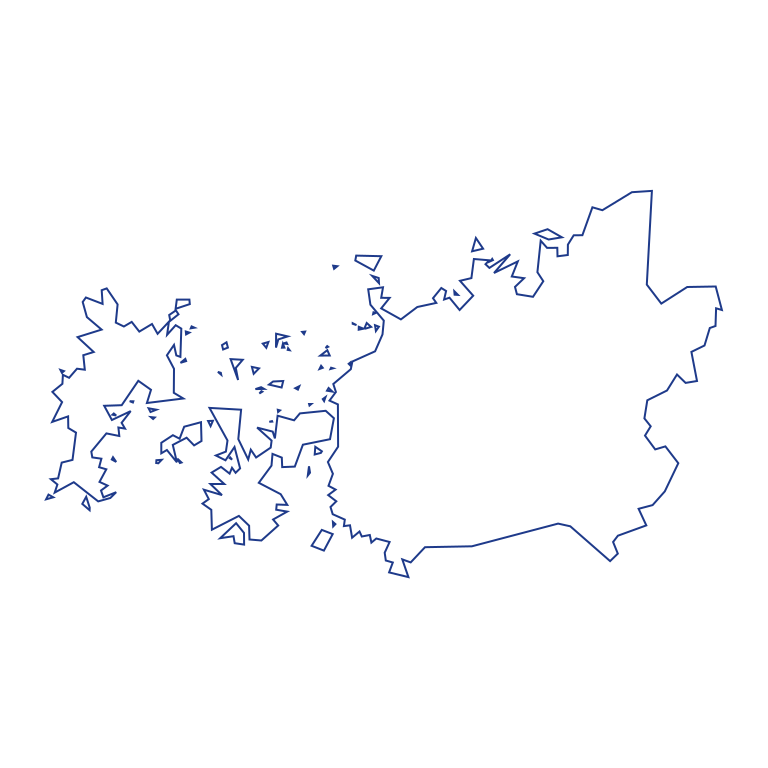 the district of Manggarai Barat, Nusa Tenggara Timur, Indonesia
{"feature_id": "22746128B27819456459641", "entity_name": "Manggarai Barat", "entity_type": "district", "adm_level": 2, "iso_a3": "IDN", "parent_name": "Indonesia", "parent_adm1": "Nusa Tenggara Timur", "projection": "albers", "projection_center": [119.785, -8.574], "detail": "fine", "context": "isolated", "style": "outline", "palette": "blue", "viewbox_px": 768, "rotation_deg": 0, "n_neighbors": 0, "source": "geoboundaries", "source_scale": "gbopen_adm2", "svg_char_len": 6146}
<svg xmlns="http://www.w3.org/2000/svg" viewBox="0 0 768 768"><path d="M651.9,190.9L631.9,192.2L602.4,210.2L592.4,207.3L582.4,235.2L573.7,235.3L567.9,244.6L567.8,255.0L557.5,256.3L557.3,247.8L547.1,247.9L540.7,240.7L537.4,272.2L543.3,281.2L533.0,296.8L516.9,294.2L515.0,286.9L524.1,278.2L511.8,276.5L517.8,261.4L494.0,273.0L510.2,254.3L489.4,267.9L485.5,264.2L489.3,260.3L473.9,259.0L471.4,278.1L460.0,280.8L473.2,295.7L459.6,310.0L449.5,297.7L444.1,299.5L446.1,291.0L441.3,288.0L433.0,298.2L436.3,302.9L417.3,307.0L400.9,319.4L381.2,308.4L389.6,297.9L381.2,297.8L383.0,287.3L368.2,289.3L370.4,304.7L383.8,320.6L382.5,334.4L375.1,351.3L352.4,361.5L350.8,369.2L333.3,384.0L335.9,392.0L329.5,400.6L337.9,404.4L338.1,446.7L327.9,462.0L332.9,473.8L328.5,485.8L335.6,489.6L328.2,495.1L336.3,501.3L330.5,507.0L332.7,514.2L344.8,519.6L343.9,526.1L350.0,525.3L352.1,537.7L359.5,531.5L361.8,536.5L369.8,535.0L371.4,542.6L376.3,538.5L389.6,542.0L384.7,552.7L385.8,560.5L392.8,562.5L389.1,572.4L408.4,577.1L402.3,559.4L410.7,562.4L425.0,547.2L471.9,546.3L558.1,523.6L570.3,526.3L610.1,561.1L617.8,553.6L613.1,542.0L617.9,535.7L646.3,525.4L638.6,508.8L652.6,505.1L664.8,491.4L678.3,463.2L665.4,446.4L655.2,449.4L645.0,435.6L650.7,426.3L644.4,418.4L647.3,400.3L667.0,390.5L677.0,374.5L685.6,382.9L697.0,381.0L691.4,351.9L704.5,345.5L709.8,328.0L715.5,326.0L716.1,308.3L721.9,310.0L715.7,286.5L687.2,287.0L661.3,303.6L646.8,284.6L651.9,190.9ZM106.7,288.4L101.7,290.2L102.6,303.9L85.9,297.5L82.7,302.0L86.9,317.1L101.6,329.6L77.6,337.1L93.7,352.0L83.3,355.2L84.8,369.7L77.0,368.7L69.1,377.8L62.9,374.8L62.4,383.8L52.4,391.9L62.1,402.1L52.2,421.9L68.1,416.4L68.3,428.0L76.0,432.6L72.5,459.9L61.7,462.6L58.1,478.4L50.9,479.2L57.4,484.5L54.7,492.6L73.8,482.2L98.2,501.4L110.3,498.0L116.2,492.2L103.4,497.3L101.0,490.5L107.6,485.6L99.5,481.9L106.3,469.3L99.1,467.2L101.4,458.7L92.3,457.4L91.3,451.6L106.4,433.4L119.3,436.0L118.4,427.5L125.0,428.6L121.6,422.8L130.7,411.1L111.9,420.0L104.2,405.8L121.7,405.2L138.3,380.8L151.0,389.8L146.9,403.0L183.3,398.5L173.8,392.8L174.0,368.8L166.9,355.3L174.0,344.9L176.3,355.4L180.4,356.9L181.3,328.6L175.7,325.2L167.1,334.8L168.9,321.7L157.6,333.8L152.0,324.0L139.3,331.6L131.7,321.9L123.9,326.5L115.8,322.6L117.6,304.4L106.7,288.4ZM241.1,409.7L209.5,407.9L227.5,440.5L225.9,451.6L215.9,455.5L225.5,460.3L234.5,447.0L240.1,468.4L235.6,472.8L232.0,467.8L229.6,473.6L221.0,466.9L211.6,472.6L224.3,484.0L210.4,484.0L222.0,495.1L203.9,489.7L208.8,499.1L202.5,503.6L211.3,509.8L211.9,529.7L238.9,515.9L249.1,525.7L249.5,539.5L261.4,540.5L278.2,525.5L273.1,519.5L287.2,511.6L276.2,509.7L276.7,504.5L287.3,504.9L280.7,494.2L258.8,482.8L271.5,465.6L272.5,453.9L281.8,457.6L282.2,467.1L294.8,466.6L302.9,444.7L330.0,439.2L333.9,418.2L325.7,410.8L299.9,413.4L294.1,420.3L277.6,415.7L274.9,438.4L272.7,431.6L257.1,427.6L271.6,440.6L270.7,447.6L256.1,457.5L250.8,449.7L248.2,459.5L238.3,439.1L241.1,409.7ZM201.0,422.2L184.2,426.7L179.6,438.7L172.9,435.2L161.3,442.8L161.3,453.3L166.9,450.0L176.9,462.3L172.8,444.9L186.6,437.7L194.1,445.4L201.5,441.0L201.0,422.2ZM321.8,529.9L311.6,545.8L323.9,550.6L332.7,534.1L321.8,529.9ZM236.1,523.2L220.2,538.2L233.5,536.2L234.7,543.2L244.1,544.6L244.0,532.9L236.1,523.2ZM381.3,256.2L356.2,255.6L355.3,260.5L373.8,270.6L381.3,256.2ZM547.6,229.2L534.5,233.6L548.6,239.5L561.9,237.3L547.6,229.2ZM287.7,336.4L276.1,333.7L276.0,347.6L278.3,339.4L287.7,336.4ZM242.7,359.8L230.6,359.1L238.1,380.0L235.8,367.9L242.7,359.8ZM483.1,248.7L475.9,238.0L472.1,251.3L483.1,248.7ZM283.2,381.0L273.1,381.5L269.0,384.6L281.6,387.5L283.2,381.0ZM189.4,299.6L176.8,299.6L175.6,308.8L189.8,304.1L189.4,299.6ZM175.9,310.4L169.2,315.0L170.3,320.8L178.5,314.3L175.9,310.4ZM86.2,496.8L82.3,503.9L89.6,510.2L89.7,507.6L86.2,496.8ZM327.3,350.2L320.3,355.6L329.7,355.5L327.3,350.2ZM259.0,368.4L251.9,366.9L253.7,373.8L259.0,368.4ZM156.4,409.7L148.6,408.3L150.5,412.0L156.4,409.7ZM315.3,446.8L314.7,454.5L320.9,452.9L321.9,451.3L315.3,446.8ZM185.3,358.9L180.5,362.8L186.1,361.1L185.3,358.9ZM212.9,420.8L208.1,421.0L210.6,426.1L212.9,420.8ZM375.0,325.2L375.9,331.0L378.9,326.7L375.0,325.2ZM266.3,347.8L268.4,342.0L262.8,343.6L266.3,347.8ZM226.5,342.3L222.0,345.1L223.1,349.5L227.9,347.6L226.5,342.3ZM261.1,387.2L255.4,389.1L264.1,388.9L261.1,387.2ZM53.3,497.3L48.5,494.6L46.1,499.3L53.3,497.3ZM332.4,391.6L328.6,388.0L327.0,390.7L332.4,391.6ZM378.7,278.0L372.2,275.9L379.0,283.2L378.7,278.0ZM371.1,326.9L366.7,323.0L364.6,328.0L365.5,328.6L371.1,326.9ZM334.1,268.8L337.3,266.2L333.2,265.7L334.1,268.8ZM299.3,386.2L295.3,388.2L297.9,389.6L299.3,386.2ZM181.5,462.5L177.3,458.6L179.9,463.0L181.5,462.5ZM324.1,401.1L325.5,397.1L322.8,399.1L324.1,401.1ZM116.2,461.9L113.0,457.2L111.8,459.5L116.2,461.9ZM307.8,475.5L310.0,472.7L309.0,466.3L307.8,475.5ZM161.7,459.8L156.4,460.2L156.2,463.0L158.3,463.3L161.7,459.8ZM189.4,332.6L185.8,331.5L186.1,334.4L189.4,332.6ZM458.0,294.9L454.3,291.2L454.6,294.7L458.0,294.9ZM284.4,347.6L282.9,343.8L282.0,347.7L284.4,347.6ZM305.1,331.6L302.2,331.9L304.0,334.1L305.1,331.6ZM190.8,328.3L194.5,327.7L191.6,326.4L190.8,328.3ZM363.5,328.7L358.8,326.8L358.7,329.7L363.5,328.7ZM335.4,524.1L332.9,521.9L333.2,526.4L335.4,524.1ZM319.5,369.0L322.7,367.8L321.1,365.8L319.5,369.0ZM373.1,314.1L375.8,312.9L373.5,312.3L373.1,314.1ZM116.2,415.5L113.8,413.5L112.5,414.7L116.2,415.5ZM259.4,393.5L262.3,391.7L261.4,391.2L259.4,393.5ZM325.6,348.0L328.1,346.8L327.2,346.1L325.6,348.0ZM232.1,459.6L230.2,457.4L229.7,458.1L232.1,459.6ZM356.5,325.1L352.7,323.2L352.7,323.8L356.5,325.1ZM286.5,342.5L283.5,343.4L287.2,344.0L286.5,342.5ZM309.5,405.5L311.3,404.0L309.1,404.0L309.5,405.5ZM278.1,412.0L280.0,410.4L277.8,409.8L278.1,412.0ZM63.9,371.1L60.4,369.9L61.9,372.8L63.9,371.1ZM287.7,349.9L289.6,350.2L288.1,348.2L287.7,349.9ZM490.7,261.1L492.9,260.1L492.2,258.9L490.7,261.1ZM350.0,365.1L350.2,362.6L348.7,363.8L350.0,365.1ZM133.3,401.3L129.7,401.2L132.9,402.5L133.3,401.3ZM154.7,417.5L150.9,417.1L153.1,419.0L154.7,417.5ZM272.0,421.1L269.3,421.8L272.2,421.6L272.0,421.1ZM220.8,372.8L217.9,371.9L221.2,374.7L220.8,372.8ZM330.5,369.0L333.1,368.3L331.1,367.7L330.5,369.0Z" fill="none" stroke="#1e3a8a" stroke-width="2"/></svg>